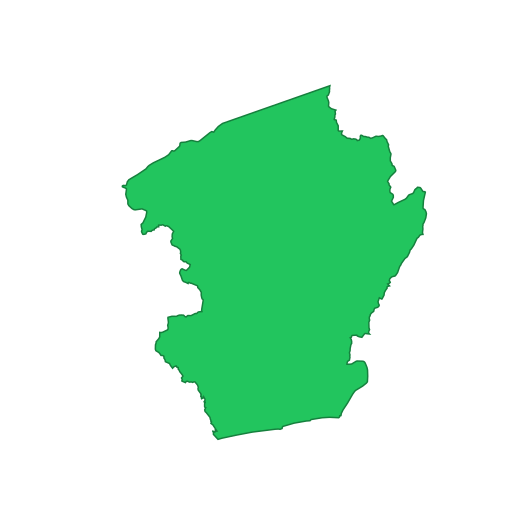 Bo Trach, Quảng Bình, Vietnam (orthographic projection), rotated 110°
{"feature_id": "81297802B63375818356773", "entity_name": "Bo Trach", "entity_type": "district", "adm_level": 2, "iso_a3": "VNM", "parent_name": "Vietnam", "parent_adm1": "Quảng Bình", "projection": "orthographic", "projection_center": [106.315, 17.487], "detail": "fine", "context": "isolated", "style": "filled", "palette": "green", "viewbox_px": 512, "rotation_deg": 110, "n_neighbors": 0, "source": "geoboundaries", "source_scale": "gbopen_adm2", "svg_char_len": 6150}
<svg xmlns="http://www.w3.org/2000/svg" viewBox="0 0 512 512"><g transform="rotate(110 256 256)"><path d="M227.5,118.7L226.4,118.1L223.2,117.3L216.7,117.4L215.1,116.9L213.2,116.8L207.4,115.2L205.2,113.7L204.5,113.5L200.1,113.0L197.6,113.2L196.3,112.5L191.8,111.4L184.8,110.8L184.0,110.6L182.9,109.8L180.6,109.2L180.0,108.8L179.0,107.5L178.6,106.5L177.0,107.6L173.6,108.4L171.1,109.5L170.3,109.5L169.4,109.9L168.2,109.9L167.3,109.6L162.1,109.5L158.0,110.3L156.2,111.5L154.6,113.2L154.4,114.8L154.0,115.3L153.1,115.7L146.6,117.6L138.1,118.7L137.8,119.3L138.3,121.2L135.9,124.4L135.6,125.2L135.8,126.4L136.2,127.8L137.7,128.3L138.3,128.9L139.5,129.4L142.4,129.6L143.7,130.1L146.0,132.9L146.7,133.4L150.2,134.4L151.8,135.4L156.8,140.4L160.4,143.6L160.7,144.1L158.1,147.4L153.9,147.0L151.9,147.8L151.2,148.7L150.5,151.5L149.9,152.1L148.3,152.8L147.1,153.0L145.2,152.9L143.6,155.4L142.7,155.6L141.0,157.8L140.4,157.9L135.4,156.9L129.5,154.1L128.3,153.8L127.6,154.0L124.8,156.6L124.4,157.3L124.4,158.9L122.7,159.9L120.7,162.3L117.8,163.4L114.2,164.0L113.6,164.3L112.2,166.0L107.6,169.3L106.2,169.4L103.7,172.0L102.0,173.1L101.4,174.6L99.5,177.7L99.5,178.4L100.5,179.5L101.8,181.8L102.4,184.2L105.2,187.0L106.2,188.5L105.8,190.5L106.3,192.3L106.3,194.0L106.9,195.8L106.5,197.4L106.5,198.4L106.7,198.8L107.7,199.0L109.7,198.2L111.9,198.6L112.9,200.3L112.2,201.2L112.1,202.4L112.5,204.4L113.6,205.9L113.3,207.8L114.1,210.5L114.0,211.1L113.3,213.0L112.8,216.6L112.1,217.4L110.1,217.7L109.0,217.6L110.1,220.3L110.2,221.2L109.9,221.7L105.5,223.3L102.9,226.1L101.0,227.0L100.8,227.3L101.1,229.0L100.8,229.3L98.6,229.4L96.4,230.1L95.4,229.9L93.0,231.2L91.6,230.8L91.8,235.6L91.0,238.2L90.4,239.1L86.9,240.1L85.5,241.0L82.7,243.5L81.7,244.0L81.2,243.9L80.0,243.1L76.5,243.1L75.1,243.7L73.6,244.0L72.7,244.5L70.7,244.8L142.9,332.8L147.2,335.7L151.5,337.4L154.1,338.1L154.2,340.1L155.9,341.5L166.8,348.1L168.3,349.4L168.8,351.0L169.4,355.7L169.9,356.9L173.1,361.2L174.9,365.2L176.0,365.9L178.5,365.3L179.3,365.5L184.8,368.3L185.6,369.2L185.6,370.4L186.0,371.2L190.7,372.7L194.4,375.4L203.6,384.4L207.3,387.3L208.9,388.2L211.8,389.2L220.1,395.2L227.7,401.5L230.2,402.3L233.5,402.0L234.3,402.5L235.1,404.9L235.9,405.5L236.6,405.3L236.8,404.4L236.8,401.8L237.1,400.8L238.2,400.4L242.5,399.5L245.0,397.9L247.4,395.5L250.9,394.2L252.2,392.7L253.8,388.9L254.2,386.8L254.0,385.4L250.7,379.2L251.0,374.3L252.4,373.6L257.1,372.9L263.6,373.6L265.6,374.7L267.7,373.8L270.3,372.0L271.6,372.1L272.4,371.8L274.2,370.0L274.3,369.5L273.9,368.6L272.9,367.1L271.1,366.9L269.8,366.2L268.7,362.9L267.6,362.5L266.7,361.5L266.3,360.6L265.0,360.7L264.0,359.6L262.7,359.2L261.8,357.4L260.6,358.1L260.3,358.1L259.4,355.5L258.5,354.3L259.0,351.4L258.4,351.0L258.1,350.3L258.2,348.1L260.9,341.8L263.9,342.2L266.6,341.4L268.1,340.4L271.1,341.1L272.0,340.7L274.1,338.8L274.3,338.5L274.4,336.4L274.6,335.5L274.4,333.8L275.6,329.9L276.3,329.1L278.0,328.1L279.5,327.9L280.7,326.5L281.6,326.7L284.9,325.4L285.1,323.5L285.5,323.2L286.0,322.0L285.9,321.2L285.3,319.8L286.2,318.2L286.5,314.9L289.2,314.6L293.4,316.5L293.6,317.9L293.3,321.1L294.3,321.9L295.3,322.1L297.4,322.1L298.3,321.8L300.4,319.7L304.0,316.8L304.8,315.3L304.8,312.8L305.1,310.4L304.0,310.4L303.7,309.8L304.0,308.5L303.7,307.6L304.0,301.0L304.3,300.5L305.6,299.9L306.9,297.3L308.6,295.3L309.1,294.9L311.3,294.2L313.2,293.1L314.7,292.0L315.0,290.9L316.0,290.4L324.0,288.9L326.0,288.4L326.7,287.8L328.1,290.7L328.8,291.4L330.4,292.1L330.8,293.4L334.2,296.6L335.3,299.7L337.2,300.9L337.2,302.1L336.4,303.8L336.9,305.7L337.7,307.7L338.5,308.8L339.9,310.1L341.4,314.4L343.7,317.7L344.4,317.6L348.1,315.7L349.2,315.4L351.3,315.3L353.1,314.2L354.5,313.7L355.7,313.9L359.5,317.6L360.4,319.0L360.7,320.3L365.0,318.8L367.0,319.1L370.7,320.5L372.0,320.1L373.8,320.1L378.0,318.7L379.2,317.7L379.9,314.4L380.4,313.3L381.9,311.3L381.4,309.4L381.7,308.3L383.5,307.5L384.6,306.0L386.3,305.0L386.6,300.5L388.2,298.8L390.0,296.0L388.2,295.3L386.6,293.4L386.7,293.0L387.6,292.2L387.4,290.9L388.9,290.4L389.5,289.3L390.9,287.9L392.3,285.5L393.7,283.7L394.1,283.6L396.1,284.3L397.4,283.0L398.6,283.0L398.9,282.8L399.1,279.0L397.8,278.7L397.4,278.2L397.1,277.2L397.3,275.5L396.4,273.6L396.5,272.4L395.4,271.2L395.2,270.3L397.1,267.0L398.9,265.4L400.6,265.1L401.8,264.4L404.3,260.7L405.1,260.1L405.5,260.3L406.0,259.9L406.8,259.8L406.7,259.3L406.9,258.8L407.9,258.9L408.7,258.3L407.3,257.0L407.3,256.6L406.4,256.8L408.0,254.9L409.2,254.6L410.7,254.9L410.7,253.7L411.0,253.6L411.2,254.0L412.6,253.7L415.1,252.8L415.6,252.3L415.7,251.4L418.1,251.6L419.6,250.6L420.1,249.3L423.4,244.0L424.8,243.2L426.0,242.1L427.0,241.7L427.2,241.0L428.7,241.1L429.4,238.8L433.9,232.8L434.3,233.5L433.8,234.2L433.8,234.6L434.7,234.1L435.3,234.3L435.6,234.8L435.3,236.6L435.6,236.6L436.6,235.4L437.9,235.2L438.3,234.8L441.3,229.0L438.8,225.6L431.4,213.8L422.7,199.2L412.2,178.7L411.0,175.9L410.6,174.1L409.2,172.5L407.8,172.7L406.9,172.4L400.0,163.0L393.9,152.4L392.3,148.9L390.9,148.3L390.6,147.9L385.4,138.6L382.4,131.7L379.7,123.0L379.2,122.7L378.3,122.4L377.5,122.7L376.9,121.6L374.7,122.0L370.8,121.6L362.9,119.7L352.7,117.9L349.8,117.1L348.3,116.5L341.8,111.3L337.7,108.8L336.1,108.3L330.8,109.9L325.0,112.2L322.9,113.5L320.3,115.8L318.8,117.3L318.3,118.5L318.3,119.5L320.1,125.1L320.7,125.9L324.8,129.2L325.8,131.3L326.6,133.5L325.2,133.9L323.7,133.9L321.9,132.6L319.0,133.1L317.8,133.8L316.9,133.8L315.2,135.0L314.5,135.2L312.9,135.2L310.7,135.9L306.7,136.5L305.5,136.2L303.5,136.9L301.8,138.0L300.6,139.5L299.7,138.6L298.2,138.7L297.7,138.4L295.9,134.2L296.5,133.5L296.6,131.4L296.2,128.7L292.3,127.5L291.5,127.0L290.5,122.7L289.9,123.8L289.5,124.0L287.9,124.3L286.4,124.1L284.8,125.3L279.7,127.3L277.3,127.3L276.4,128.0L275.0,128.5L274.3,128.6L273.1,128.3L272.0,128.6L270.1,128.0L267.8,126.5L265.5,126.8L264.4,126.5L262.6,124.1L261.2,123.4L260.0,123.4L259.0,124.5L257.3,125.7L253.1,125.8L253.5,123.3L253.3,122.9L249.0,122.3L246.6,122.9L243.8,122.5L241.4,121.8L240.3,122.3L239.5,121.9L238.4,120.3L237.2,122.7L236.1,121.5L235.0,120.8L234.2,121.4L233.7,122.3L231.6,122.5L229.3,121.4L227.6,119.2L227.5,118.7Z" fill="#22c55e" stroke="#15803d" stroke-width="1.5"/></g></svg>